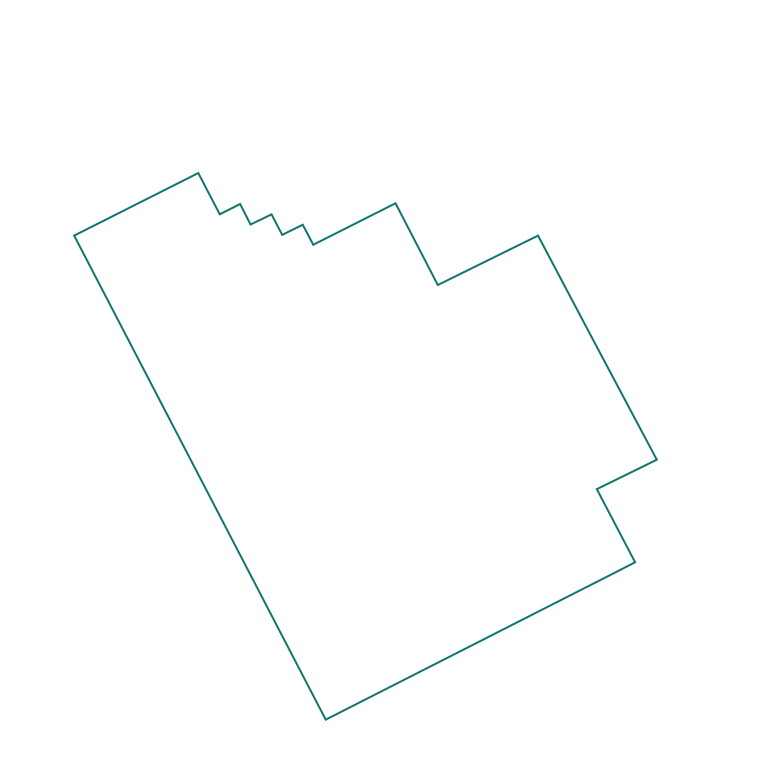 Moultrie, Illinois, United States of America, rotated 153°
{"feature_id": "52423323B43589710426261", "entity_name": "Moultrie", "entity_type": "district", "adm_level": 2, "iso_a3": "USA", "parent_name": "United States of America", "parent_adm1": "Illinois", "projection": "orthographic", "projection_center": [-88.66, 39.62], "detail": "fine", "context": "isolated", "style": "outline", "palette": "teal", "viewbox_px": 768, "rotation_deg": 153, "n_neighbors": 0, "source": "geoboundaries", "source_scale": "gbopen_adm2", "svg_char_len": 406}
<svg xmlns="http://www.w3.org/2000/svg" viewBox="0 0 768 768"><g transform="rotate(153 384 384)"><path d="M257.0,111.1L241.2,111.2L242.1,193.7L175.3,192.7L177.7,330.8L179.4,446.3L291.1,447.8L291.7,539.8L383.8,540.2L384.1,562.8L407.0,563.1L407.2,586.2L430.5,586.7L430.5,609.7L453.3,609.8L453.7,656.3L592.7,656.9L590.1,333.3L588.3,111.4L257.0,111.1Z" fill="none" stroke="#0f766e" stroke-width="2"/></g></svg>